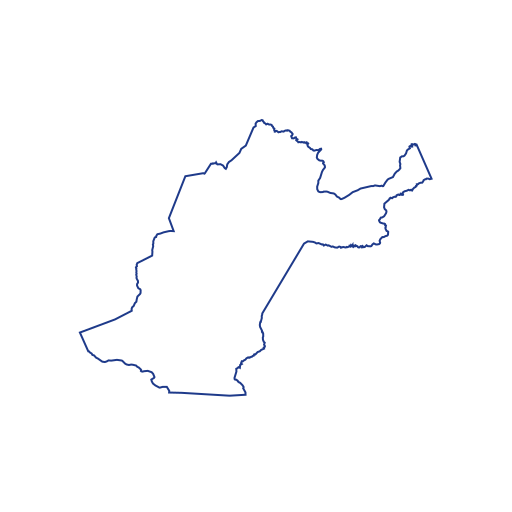 Chibabava, Sofala, Mozambique (Robinson projection), rotated 66°
{"feature_id": "85939544B25886081823580", "entity_name": "Chibabava", "entity_type": "district", "adm_level": 2, "iso_a3": "MOZ", "parent_name": "Mozambique", "parent_adm1": "Sofala", "projection": "robinson", "projection_center": [33.963, -20.299], "detail": "fine", "context": "isolated", "style": "outline", "palette": "blue", "viewbox_px": 512, "rotation_deg": 66, "n_neighbors": 0, "source": "geoboundaries", "source_scale": "gbopen_adm2", "svg_char_len": 6094}
<svg xmlns="http://www.w3.org/2000/svg" viewBox="0 0 512 512"><g transform="rotate(66 256 256)"><path d="M256.8,64.2L220.1,64.0L219.8,64.3L220.0,64.9L219.8,65.4L219.3,65.3L219.0,64.5L218.2,65.3L218.2,66.9L217.2,68.0L217.2,68.4L217.8,68.6L218.5,68.5L219.6,68.8L219.5,69.2L218.2,69.8L218.3,71.1L218.5,71.4L220.2,71.6L220.6,74.3L221.1,75.3L223.3,77.2L224.7,79.5L224.9,80.7L224.3,82.2L224.7,84.2L228.4,86.5L230.7,86.7L231.7,87.5L234.5,88.4L235.3,89.8L235.9,91.5L236.0,92.9L237.2,95.7L239.6,98.8L239.5,103.6L239.8,104.8L241.5,107.9L243.9,111.3L243.8,111.8L242.9,112.6L242.6,114.4L239.9,118.6L239.8,120.5L239.0,122.2L236.9,133.1L237.3,136.3L237.0,141.7L238.1,146.1L238.8,151.6L238.8,154.7L238.4,155.6L236.5,156.3L234.6,157.9L232.1,158.5L230.5,159.5L228.6,162.5L226.5,164.4L225.8,165.4L224.7,167.9L224.8,168.8L223.9,171.2L223.2,172.1L222.3,172.8L219.9,172.9L217.5,171.9L214.7,169.4L212.5,168.4L210.8,165.7L206.0,161.5L204.6,159.8L203.2,157.1L202.8,156.8L201.1,156.4L198.7,157.1L198.3,156.9L197.9,155.9L196.7,156.0L196.0,156.5L195.0,158.5L194.2,159.4L192.1,160.4L190.8,160.4L188.5,159.0L186.9,157.2L185.2,153.1L184.5,152.9L184.2,153.9L184.7,156.0L183.8,157.5L183.4,160.1L182.9,160.7L181.5,161.1L180.6,162.4L179.3,162.7L177.3,163.9L176.1,164.0L174.6,163.1L174.4,162.6L174.1,162.7L173.8,164.1L173.2,164.2L173.0,163.5L172.7,163.5L172.6,164.8L171.7,165.6L172.0,166.0L171.8,166.3L170.4,167.8L170.5,168.7L169.7,169.6L169.3,171.1L168.5,171.2L166.6,172.2L166.3,172.0L166.1,170.8L165.2,171.4L163.8,171.3L163.6,172.2L163.9,173.7L163.1,175.2L160.8,175.1L160.5,174.0L159.5,172.9L157.5,173.3L156.2,174.2L155.3,174.3L154.0,175.8L154.2,176.7L153.5,177.3L153.3,179.1L153.6,180.1L152.5,181.9L152.6,183.5L152.3,184.0L152.1,185.2L150.6,185.9L149.9,186.6L149.8,187.1L150.2,187.7L150.0,188.3L149.0,188.0L148.2,188.2L147.1,187.4L145.9,188.1L144.7,187.9L143.6,188.5L142.7,188.4L141.9,189.1L141.2,190.6L139.9,191.6L139.9,193.2L138.6,193.6L137.8,194.4L136.6,194.4L135.9,194.8L134.8,194.7L134.1,195.4L134.2,197.4L133.5,199.5L134.1,201.3L134.9,202.5L137.2,203.4L137.6,206.0L151.0,220.4L152.1,225.9L155.1,229.2L158.6,239.5L159.1,242.5L160.6,245.0L163.0,246.6L164.1,248.1L163.0,248.8L160.0,249.3L157.7,251.1L156.6,254.0L155.9,254.3L154.3,254.4L154.9,255.2L154.2,256.7L154.2,257.8L153.7,258.2L153.8,258.8L153.4,259.6L159.7,269.2L159.8,269.7L158.9,270.5L154.4,288.1L186.0,320.2L199.8,321.1L198.3,324.0L197.8,325.7L196.8,330.8L196.6,334.3L196.0,337.2L196.9,338.7L198.0,339.5L197.8,340.3L198.1,341.2L200.7,343.8L203.0,344.8L203.5,345.5L205.2,345.9L208.4,348.4L210.0,348.9L213.4,350.7L214.2,367.3L215.5,368.6L216.9,368.9L217.5,370.3L218.8,370.4L219.0,370.7L221.2,371.3L222.5,372.1L223.7,372.3L224.3,373.0L226.4,373.4L227.2,374.0L228.0,374.2L230.8,374.0L232.3,374.6L233.3,376.1L234.7,376.7L237.6,376.6L239.3,375.3L240.3,375.3L242.8,376.5L243.5,377.3L244.8,380.8L247.1,382.6L249.1,383.9L249.8,385.8L251.9,388.1L252.5,390.0L252.9,390.4L253.8,391.2L255.5,391.8L256.6,410.6L254.3,448.0L274.8,448.0L275.0,447.5L276.5,447.0L278.3,445.8L279.8,445.7L280.9,444.4L283.9,443.4L285.3,442.2L290.0,439.4L291.4,437.2L291.6,435.3L291.4,433.2L292.7,430.8L294.3,425.3L296.6,421.6L297.3,420.8L301.2,419.3L302.5,418.3L303.9,416.4L304.4,414.2L305.3,412.7L307.3,410.1L309.0,409.5L310.1,408.5L312.7,407.4L313.4,407.3L314.2,407.9L314.8,407.6L315.5,406.6L315.7,405.2L316.9,401.6L319.7,398.6L321.8,397.9L325.3,398.0L325.9,398.8L326.3,401.9L328.2,402.2L330.6,402.0L333.3,400.6L336.9,397.8L337.2,397.1L337.6,394.4L339.3,390.7L343.9,390.1L345.4,390.9L350.8,379.5L372.9,336.9L378.5,322.0L376.3,321.1L371.6,321.5L371.2,320.9L370.4,320.6L368.5,320.9L365.3,322.1L364.7,322.8L363.4,323.3L363.2,323.6L362.4,323.5L360.9,324.4L360.5,325.3L360.0,325.6L358.7,325.3L353.6,320.9L351.0,319.9L350.9,318.2L350.4,317.2L350.6,316.8L351.5,316.2L349.1,314.8L348.9,312.9L347.9,313.3L346.4,311.8L346.9,311.1L346.4,309.2L346.4,307.9L345.6,306.4L345.4,304.4L346.2,303.8L346.0,302.8L346.3,302.4L346.1,301.6L346.4,300.8L346.0,299.9L346.1,298.5L345.5,298.2L345.1,297.5L345.7,296.8L345.6,296.4L344.4,293.6L344.6,291.3L343.9,289.5L343.9,286.3L342.8,286.2L342.7,285.2L342.0,284.5L340.3,284.7L338.7,283.3L337.6,283.8L335.3,283.7L333.2,282.9L332.4,282.1L329.8,281.0L328.5,280.9L328.3,281.4L327.6,281.4L326.7,280.9L322.5,281.1L320.6,280.6L318.4,279.2L317.9,278.7L318.1,278.4L315.0,275.9L313.2,275.2L312.1,274.2L311.0,273.6L264.2,207.1L263.7,202.7L266.3,198.1L267.7,196.6L269.1,195.7L269.6,193.6L272.3,191.1L272.5,190.2L274.0,189.8L273.9,187.7L275.8,186.1L275.8,185.3L278.3,183.3L278.5,182.0L280.2,180.5L281.4,178.4L281.2,176.2L282.2,175.0L283.0,175.0L283.2,172.7L284.6,170.8L284.8,170.3L284.6,169.5L285.1,169.0L285.3,166.8L284.6,166.3L285.1,165.5L284.6,164.8L285.3,164.6L285.9,165.0L285.9,164.3L285.3,163.4L286.3,163.8L287.3,163.5L287.2,163.1L286.2,162.8L286.3,162.2L287.3,161.6L286.7,160.7L287.3,160.3L287.6,160.5L288.3,159.4L289.5,159.2L290.1,158.5L290.2,157.9L289.6,156.5L290.1,156.1L290.0,154.7L290.5,154.5L291.3,155.3L292.0,153.1L291.2,150.6L292.4,150.0L293.8,147.3L293.8,146.5L292.8,144.9L292.4,143.3L294.2,141.8L294.7,140.8L295.2,138.7L294.9,137.7L294.4,137.2L292.4,136.9L291.2,135.6L290.1,132.9L290.7,131.6L290.5,129.6L290.8,128.1L290.6,127.3L290.1,126.7L287.7,125.4L287.1,125.6L286.2,126.5L284.0,126.6L282.9,126.4L282.3,125.6L281.7,125.5L281.0,124.9L280.4,125.5L279.3,125.1L278.5,125.7L278.3,126.3L276.3,128.6L275.6,129.1L273.7,129.2L273.2,128.9L272.9,128.0L271.7,126.4L272.1,125.0L271.8,122.8L269.8,119.8L268.6,118.8L267.3,118.5L265.6,119.3L263.6,119.2L260.4,117.4L258.7,111.7L257.7,110.4L258.0,109.7L257.6,109.3L258.6,108.0L258.1,106.9L258.3,105.0L258.8,104.3L258.5,103.5L257.8,103.0L257.7,102.6L257.7,101.0L258.5,100.4L258.7,100.0L258.6,99.3L257.9,98.6L258.5,98.1L259.3,98.1L259.9,97.0L259.4,96.5L258.4,96.8L257.7,96.1L257.3,94.0L257.7,91.7L257.6,89.7L258.6,88.7L258.5,87.7L258.7,87.1L258.9,86.9L259.4,87.1L259.7,86.7L258.8,85.7L257.9,83.6L257.9,82.2L257.1,81.4L257.3,80.9L256.6,80.1L255.9,79.9L256.3,78.7L255.9,77.8L256.0,75.9L256.6,74.3L255.8,72.9L254.9,72.0L254.7,70.1L255.0,69.5L254.7,68.7L255.4,67.1L256.5,66.1L256.8,64.2Z" fill="none" stroke="#1e3a8a" stroke-width="2"/></g></svg>